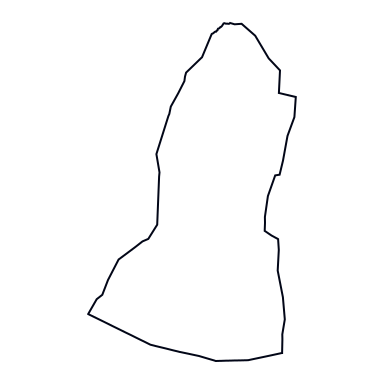 Xu'rmen, Ömnögovi, Mongolia (Mercator projection)
{"feature_id": "93677404B81423254419052", "entity_name": "Xu'rmen", "entity_type": "district", "adm_level": 2, "iso_a3": "MNG", "parent_name": "Mongolia", "parent_adm1": "Ömnögovi", "projection": "mercator", "projection_center": [103.821, 42.64], "detail": "fine", "context": "isolated", "style": "outline", "palette": "ink", "viewbox_px": 384, "rotation_deg": 0, "n_neighbors": 0, "source": "geoboundaries", "source_scale": "gbopen_adm2", "svg_char_len": 1825}
<svg xmlns="http://www.w3.org/2000/svg" viewBox="0 0 384 384"><path d="M88.2,314.1L96.2,318.0L100.7,320.2L112.4,326.0L116.9,328.2L125.6,332.5L131.2,335.2L136.0,337.6L142.1,340.6L143.6,341.3L150.4,344.7L154.8,345.8L155.4,346.0L155.9,346.1L166.3,348.6L173.8,350.5L177.2,351.3L178.0,351.5L179.9,352.0L180.1,352.0L188.7,353.8L193.8,354.9L199.0,356.0L207.1,358.4L208.8,358.9L214.3,360.5L215.7,361.0L218.9,360.9L219.9,360.9L220.0,360.9L225.4,360.7L230.7,360.6L233.7,360.5L240.1,360.4L248.1,360.2L254.7,358.8L263.8,356.9L271.8,355.2L278.7,353.7L281.9,353.0L282.1,353.0L282.1,352.9L282.4,339.1L282.3,334.4L284.8,319.4L282.9,297.2L277.7,270.6L278.8,249.9L278.1,239.1L271.5,235.5L264.7,230.9L265.0,222.8L264.9,217.0L267.9,196.1L275.2,175.4L279.6,174.7L283.0,160.6L287.5,135.9L294.4,117.1L295.8,97.0L278.9,93.0L280.0,70.4L268.7,58.4L255.2,35.7L241.6,23.8L234.6,24.3L231.2,23.3L230.7,23.2L230.3,23.1L230.1,23.0L229.9,23.2L229.7,23.3L229.4,23.6L229.2,23.7L228.9,23.8L228.6,23.8L228.1,23.8L227.7,23.7L227.4,23.7L227.0,23.7L226.7,23.7L226.3,23.7L225.8,23.7L225.4,23.5L225.1,23.4L224.6,23.3L224.3,23.2L224.1,23.3L223.8,23.4L223.7,23.4L223.5,23.5L223.2,24.2L222.9,24.5L222.7,24.8L222.6,25.0L222.4,25.3L222.1,25.8L221.1,26.9L220.7,26.9L220.4,27.0L220.2,27.2L220.0,27.6L219.2,28.3L218.7,28.5L218.3,28.6L218.0,28.7L217.9,28.9L217.7,29.4L217.6,30.0L217.5,30.3L217.2,30.5L216.7,30.6L216.5,30.8L216.4,31.1L216.3,31.4L216.2,31.6L215.6,31.7L214.9,31.8L214.6,32.0L214.3,32.3L213.9,32.7L213.5,33.0L213.0,33.4L212.5,33.6L212.0,33.8L211.7,34.0L202.0,57.3L201.0,58.2L186.1,72.6L185.0,76.6L184.4,81.1L178.2,93.3L170.8,106.6L169.3,114.0L168.4,116.0L156.4,154.1L159.5,172.4L159.1,176.6L157.2,224.7L148.3,238.9L142.5,241.4L134.7,247.5L118.6,259.5L108.0,280.0L102.3,294.8L96.7,299.2L88.2,314.0L88.2,314.1Z" fill="none" stroke="#020617" stroke-width="2"/></svg>